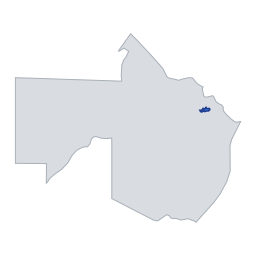 El Progreso, Jutiapa, Guatemala (highlighted), rotated 270°
{"feature_id": "79465075B52166049172952", "entity_name": "El Progreso", "entity_type": "district", "adm_level": 2, "iso_a3": "GTM", "parent_name": "Guatemala", "parent_adm1": "Jutiapa", "projection": "natural_earth1", "projection_center": [-89.846, 14.381], "detail": "fine", "context": "in_parent", "style": "filled", "palette": "blue", "viewbox_px": 256, "rotation_deg": 270, "n_neighbors": 0, "source": "geoboundaries", "source_scale": "gbopen_adm2", "svg_char_len": 2662}
<svg xmlns="http://www.w3.org/2000/svg" viewBox="0 0 256 256"><g transform="rotate(270 128 128)"><path d="M33.7,196.0L34.9,194.6L36.0,191.3L37.3,188.0L36.5,184.1L36.0,180.9L37.5,176.4L37.4,172.9L38.0,170.8L40.2,169.4L41.3,166.8L35.2,157.8L35.3,155.7L36.1,153.2L41.0,143.6L46.9,132.1L53.5,119.4L57.4,111.8L71.6,111.8L81.0,111.8L93.0,111.8L105.9,111.8L114.5,111.8L118.0,111.7L117.4,106.7L117.8,101.3L119.4,96.3L119.4,94.1L116.9,91.4L112.0,89.9L109.2,87.5L109.2,84.5L108.0,80.9L105.6,76.6L100.7,72.2L93.2,67.8L86.8,61.8L81.6,54.3L77.1,49.4L73.7,47.4L72.9,46.3L82.9,46.4L92.4,46.5L92.5,35.7L92.6,26.2L92.7,15.4L109.9,15.4L130.4,15.4L151.7,15.4L168.5,15.4L178.3,15.4L177.9,28.9L177.4,44.4L177.0,55.8L176.5,71.0L176.0,86.6L175.3,107.8L174.8,121.5L175.1,121.8L180.7,121.2L189.0,121.8L191.0,121.7L193.5,122.9L195.5,123.3L199.7,126.4L204.7,128.7L207.8,124.0L206.2,121.2L204.9,119.7L205.1,118.4L222.3,130.7L220.3,132.5L215.9,136.9L208.0,144.3L200.9,151.0L194.1,157.1L187.9,162.5L187.2,163.0L179.3,166.9L178.0,168.7L176.4,176.4L175.6,178.3L177.0,182.6L178.4,189.2L178.0,192.6L172.6,196.9L170.1,200.7L169.0,203.1L168.0,202.5L166.4,202.3L162.5,203.3L160.6,203.5L159.1,204.6L158.9,206.9L159.9,210.8L160.3,212.8L159.2,213.7L154.5,216.0L152.6,218.3L150.8,221.9L148.7,223.3L146.5,223.1L145.0,223.6L141.7,226.2L136.7,231.4L134.0,235.2L134.0,238.1L134.5,240.6L116.4,231.6L110.4,230.0L84.9,230.2L74.0,226.6L61.6,219.8L53.2,213.5L33.7,196.0Z" fill="#d9dde1" stroke="#a8b0b8" stroke-width="1"/><path d="M148.7,206.0L148.6,205.9L148.3,205.6L147.9,205.4L147.6,205.5L147.3,205.7L147.2,205.6L147.4,205.3L147.3,205.1L147.3,204.8L147.2,204.7L147.1,204.4L147.1,204.2L147.3,203.6L147.5,203.6L147.6,203.4L147.7,203.2L147.3,203.0L147.1,203.0L147.1,202.9L146.8,202.9L146.7,203.0L146.6,202.9L146.7,202.5L146.7,202.4L146.4,202.2L146.1,202.0L146.0,201.9L145.8,201.8L145.8,201.4L145.8,200.9L145.8,200.5L145.7,200.6L145.4,200.6L145.4,200.3L145.2,200.5L144.9,200.4L144.7,200.3L144.4,200.6L144.2,200.8L144.2,201.0L144.1,201.5L144.0,202.0L144.2,202.4L144.4,202.6L144.5,202.7L144.7,202.9L144.7,203.0L144.8,203.2L144.8,203.4L144.9,203.5L145.0,203.7L145.2,204.2L145.2,204.3L144.9,204.5L144.7,204.6L144.4,204.8L144.6,205.5L144.8,205.8L144.9,206.0L145.0,206.3L145.0,206.5L145.0,207.0L145.0,207.7L145.0,208.3L145.1,208.5L145.2,208.8L145.5,209.1L145.9,209.3L146.1,209.4L146.2,209.5L146.4,209.6L146.5,209.7L146.5,209.8L146.9,209.7L147.0,209.7L147.3,209.4L147.5,209.3L147.6,209.2L147.4,208.9L147.5,208.8L147.4,208.6L147.5,208.4L147.5,208.0L147.4,207.8L147.4,207.6L147.3,207.4L147.3,207.1L147.6,206.8L147.8,206.6L148.0,206.5L148.5,206.1L148.7,206.0Z" fill="#3b82f6" stroke="#1e3a8a" stroke-width="1.5"/></g></svg>